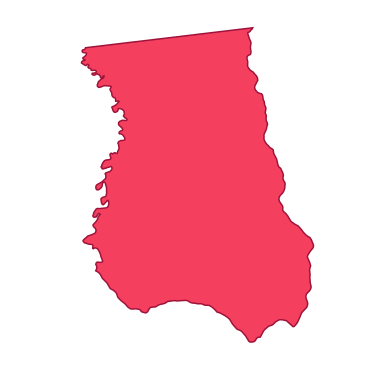 Puerto Carreño, Vichada, Colombia (Mercator projection), rotated 83°
{"feature_id": "7082276B50420641639319", "entity_name": "Puerto Carreño", "entity_type": "district", "adm_level": 2, "iso_a3": "COL", "parent_name": "Colombia", "parent_adm1": "Vichada", "projection": "mercator", "projection_center": [-67.983, 5.813], "detail": "fine", "context": "isolated", "style": "filled", "palette": "rose", "viewbox_px": 384, "rotation_deg": 83, "n_neighbors": 0, "source": "geoboundaries", "source_scale": "gbopen_adm2", "svg_char_len": 5989}
<svg xmlns="http://www.w3.org/2000/svg" viewBox="0 0 384 384"><g transform="rotate(83 192 192)"><path d="M35.8,280.1L36.5,280.3L37.0,280.7L37.5,281.8L37.7,283.3L38.6,283.9L39.5,283.8L40.3,283.0L41.1,280.2L41.9,279.8L42.4,280.0L43.3,280.6L44.9,282.7L45.2,283.6L45.7,284.0L46.6,283.9L47.2,283.2L47.6,282.2L48.1,282.1L48.3,282.4L48.5,284.2L48.9,285.2L49.8,285.8L50.6,285.9L53.5,282.4L53.5,281.5L52.5,280.0L52.6,279.6L53.5,279.0L53.9,279.1L54.9,279.9L55.7,280.0L56.6,279.1L57.1,277.7L58.0,277.2L58.7,277.3L59.2,276.3L59.2,273.8L59.7,272.8L60.5,272.3L61.1,272.3L61.6,272.7L62.0,273.9L62.0,276.5L62.7,276.9L63.7,276.2L64.0,275.4L64.1,274.6L63.9,273.6L63.1,272.1L63.2,271.6L64.2,270.5L64.2,269.9L64.7,269.5L65.4,269.1L67.2,268.8L67.6,268.3L67.6,267.8L67.1,266.9L66.0,265.9L65.9,265.2L67.5,265.6L67.9,266.0L69.1,268.7L71.1,271.4L74.0,272.9L75.2,273.1L76.7,272.1L76.8,271.7L76.7,269.6L76.0,267.5L75.8,265.9L76.9,260.4L77.3,259.6L78.0,259.4L79.7,260.7L80.4,260.9L84.0,259.6L86.0,259.7L87.2,259.4L88.6,258.4L89.1,257.1L89.6,256.6L92.6,256.7L92.7,254.1L93.1,253.5L93.5,253.4L94.2,254.5L95.6,255.9L96.4,257.2L97.2,259.0L97.8,261.1L98.3,261.2L99.2,260.9L101.8,260.4L103.0,259.7L103.5,258.8L103.5,258.3L103.3,257.2L102.7,256.1L101.7,255.4L100.5,255.2L100.3,254.8L100.6,252.8L101.7,251.0L103.4,249.7L105.7,249.6L106.5,249.6L107.8,250.7L108.4,250.7L110.0,249.7L111.2,248.0L112.2,247.7L112.8,248.1L113.0,248.9L112.3,252.2L112.4,252.8L113.2,255.4L114.1,256.3L115.4,256.7L116.5,256.5L119.9,253.8L121.0,253.3L121.9,253.2L122.5,253.8L122.7,255.3L123.4,256.7L124.3,257.2L125.0,257.2L125.5,256.8L125.5,256.0L125.8,255.1L127.0,253.7L129.6,252.4L131.2,252.1L131.8,252.3L132.3,253.1L132.4,254.5L132.2,256.1L133.0,258.5L133.7,259.2L134.7,259.6L135.4,259.2L139.6,259.0L141.1,259.7L142.3,260.6L144.4,261.4L144.6,261.7L144.5,262.2L143.7,263.6L143.6,264.2L144.5,266.4L143.7,267.2L143.8,268.0L144.7,268.9L146.4,268.8L147.8,268.4L148.5,268.4L149.3,268.8L149.8,270.1L149.8,273.4L150.2,275.0L151.5,276.4L153.8,278.0L155.5,278.6L156.1,278.5L156.4,278.7L156.2,279.1L156.4,279.1L158.2,278.1L158.2,277.8L157.8,277.8L158.2,276.7L157.9,276.1L157.9,274.6L157.3,272.9L157.2,271.1L156.7,269.3L157.9,268.5L158.7,268.4L160.3,269.3L161.6,270.8L162.4,274.7L162.9,275.8L163.6,276.0L164.1,275.5L164.6,275.5L166.9,275.7L168.1,276.2L171.2,280.5L173.1,285.3L174.0,286.3L175.5,286.9L177.2,286.8L178.1,286.3L178.4,285.1L178.4,284.3L176.9,281.9L176.1,281.1L174.9,280.4L173.0,280.0L172.1,279.4L171.6,278.5L171.6,277.9L172.0,277.1L177.2,276.3L182.8,276.9L184.6,277.5L185.6,278.1L186.0,278.6L186.2,279.2L186.3,281.0L187.2,282.7L187.6,283.1L188.6,283.3L192.1,283.1L193.4,282.5L193.8,281.8L193.4,280.9L190.1,277.0L190.2,276.2L192.9,275.9L193.8,276.1L195.8,276.9L196.9,278.0L197.3,279.1L197.2,285.9L196.8,288.1L197.4,289.4L200.1,291.7L203.4,293.2L204.4,293.2L204.9,292.6L205.2,291.6L205.1,290.1L202.4,288.0L202.0,287.2L202.4,286.1L203.1,285.8L203.9,286.9L205.3,288.1L207.5,289.1L209.4,290.6L212.5,294.2L213.2,294.3L214.5,293.9L215.7,292.8L218.0,291.8L220.1,292.5L220.9,293.2L221.5,294.5L222.2,297.0L223.1,301.1L224.2,302.2L224.9,303.5L226.2,305.4L227.1,306.1L227.5,306.1L229.4,304.9L230.0,303.0L230.5,302.4L231.3,300.4L231.8,298.0L232.3,297.2L232.9,297.0L233.9,296.9L235.2,297.4L236.0,297.3L236.3,296.7L235.7,295.8L235.8,294.4L236.7,292.8L239.0,291.6L242.2,290.6L246.0,290.0L249.1,289.2L250.0,289.2L250.6,289.9L250.7,291.4L250.0,294.7L250.5,295.1L250.7,295.7L251.8,296.2L252.3,296.3L253.4,295.8L255.4,295.7L257.0,296.2L258.5,297.2L259.9,295.2L262.0,293.3L266.9,291.4L271.7,287.6L277.9,284.9L280.0,282.0L282.4,279.8L283.7,279.2L286.4,278.7L288.1,278.1L291.5,275.4L294.8,272.1L298.4,269.7L300.5,267.3L300.9,265.5L301.0,262.5L301.8,259.2L302.7,257.8L304.3,257.0L304.9,256.3L306.1,253.5L306.3,252.2L305.5,250.7L302.5,248.5L301.5,247.2L301.4,245.8L301.6,242.2L300.0,238.6L299.6,236.7L299.6,235.1L299.3,234.1L299.2,232.4L298.0,230.1L297.7,229.2L297.6,223.0L298.3,220.1L298.7,212.6L299.1,210.1L301.7,206.6L302.4,204.6L302.7,202.6L303.6,200.3L304.1,196.2L305.9,193.1L306.6,188.8L308.8,186.0L311.3,183.8L314.2,181.8L315.6,178.7L319.1,173.9L321.1,171.7L323.2,170.0L327.8,168.0L333.1,164.5L334.0,163.5L335.2,161.1L336.5,159.6L341.4,156.3L346.8,153.9L347.8,153.0L348.2,151.6L348.2,149.3L347.7,147.8L345.3,145.8L344.3,144.5L344.3,141.8L340.0,138.9L338.0,137.3L337.1,136.2L334.5,132.2L334.0,129.3L333.5,127.9L331.2,125.0L329.7,121.7L329.5,120.1L329.9,117.7L331.3,113.9L337.9,108.2L338.0,107.8L337.9,107.0L335.6,104.4L334.2,103.2L329.6,100.3L325.6,98.1L324.1,96.6L320.5,92.2L318.0,91.0L316.1,90.7L311.1,91.7L309.1,91.7L306.9,90.6L304.4,87.4L303.5,86.6L301.9,85.7L300.4,85.3L296.8,85.7L291.6,85.5L288.5,84.9L283.9,84.8L282.2,84.4L279.6,83.2L275.8,83.9L271.2,85.3L270.1,85.3L268.3,84.5L267.1,83.3L265.7,82.3L262.2,78.7L261.0,78.1L259.4,77.9L253.8,79.4L251.5,80.6L249.8,82.9L248.1,84.5L245.2,86.6L242.6,88.0L238.7,90.7L236.6,93.7L234.2,96.4L232.8,97.6L227.2,100.0L224.7,101.6L222.0,103.9L220.4,104.1L218.1,103.7L216.8,103.9L212.1,106.3L211.1,106.5L209.1,106.6L207.6,105.9L206.0,104.7L204.6,102.8L202.9,101.2L199.9,99.6L195.4,98.6L193.8,98.7L192.0,99.6L190.4,100.0L188.7,100.0L187.0,99.3L185.7,99.3L183.2,99.8L180.9,100.7L179.8,100.9L179.0,101.4L178.0,102.5L175.7,103.4L169.6,104.0L163.7,106.2L160.0,106.3L158.7,107.5L157.5,109.2L155.6,110.4L153.9,111.8L151.3,113.3L149.0,114.0L147.4,114.1L146.3,113.8L144.2,113.7L141.5,112.3L140.4,111.5L138.3,110.4L135.5,109.5L134.2,108.8L132.4,108.9L131.1,109.4L129.6,109.6L127.6,109.5L125.5,108.9L122.3,109.7L118.7,108.6L117.5,108.4L114.2,109.3L111.2,109.3L108.8,110.1L105.5,110.1L103.9,110.4L103.0,111.1L101.9,113.7L101.1,114.8L98.7,116.5L96.8,117.1L94.7,116.9L89.1,113.1L86.4,113.2L84.6,113.9L82.7,115.3L80.4,116.7L78.9,118.6L77.7,119.7L76.3,120.5L74.1,121.5L69.3,120.8L66.5,121.2L64.6,120.9L63.3,119.6L62.6,117.4L61.5,116.7L60.2,116.4L55.4,116.4L51.4,115.3L50.2,115.3L46.8,116.4L41.1,117.4L40.5,117.0L40.2,115.8L39.8,115.0L38.5,113.8L37.4,112.3L36.4,111.7L35.8,280.1Z" fill="#f43f5e" stroke="#9f1239" stroke-width="1.5"/></g></svg>